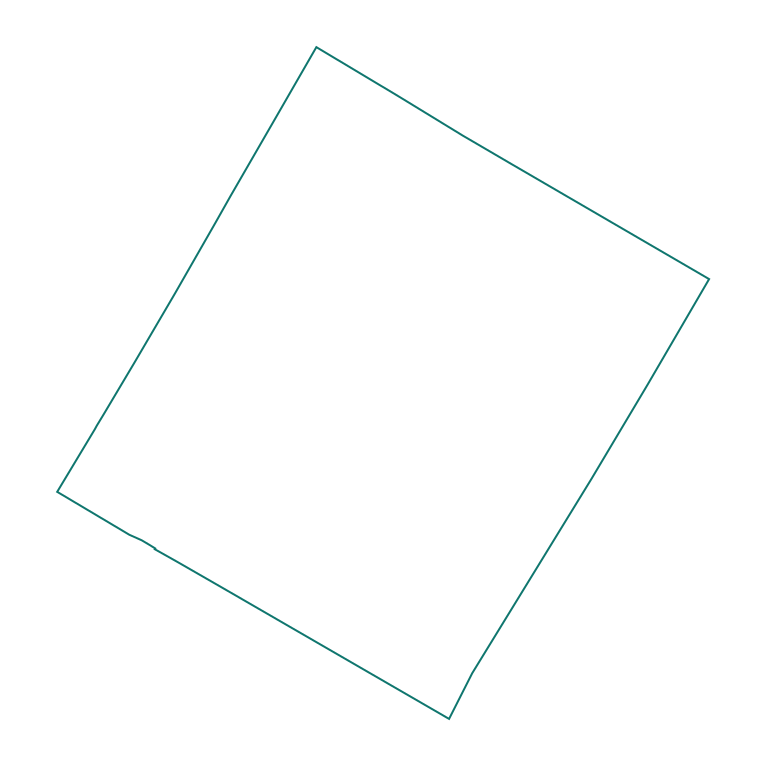 the district of Outagamie, Wisconsin, United States of America, rotated 120°
{"feature_id": "52423323B24599611590152", "entity_name": "Outagamie", "entity_type": "district", "adm_level": 2, "iso_a3": "USA", "parent_name": "United States of America", "parent_adm1": "Wisconsin", "projection": "orthographic", "projection_center": [-88.417, 44.416], "detail": "fine", "context": "isolated", "style": "outline", "palette": "teal", "viewbox_px": 768, "rotation_deg": 120, "n_neighbors": 0, "source": "geoboundaries", "source_scale": "gbopen_adm2", "svg_char_len": 502}
<svg xmlns="http://www.w3.org/2000/svg" viewBox="0 0 768 768"><g transform="rotate(120 384 384)"><path d="M126.1,611.0L215.0,610.9L297.6,610.9L328.3,610.6L408.9,610.3L411.3,610.3L441.8,610.5L488.9,610.8L550.2,611.6L563.8,611.9L567.7,611.8L640.8,613.1L641.9,529.1L640.5,515.7L640.6,506.8L640.8,499.9L641.7,499.9L641.4,474.8L641.3,416.6L641.5,160.2L590.3,163.0L362.6,156.9L252.9,155.4L130.6,154.9L129.8,384.0L129.5,439.9L127.6,515.5L126.1,611.0Z" fill="none" stroke="#0f766e" stroke-width="2"/></g></svg>